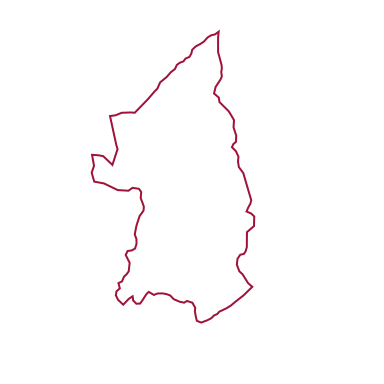 Mãe d'Água, Paraíba, Brazil, rotated 138°
{"feature_id": "56859067B3615526568508", "entity_name": "Mãe d'Água", "entity_type": "district", "adm_level": 2, "iso_a3": "BRA", "parent_name": "Brazil", "parent_adm1": "Paraíba", "projection": "equal_earth", "projection_center": [-37.435, -7.243], "detail": "fine", "context": "isolated", "style": "outline", "palette": "rose", "viewbox_px": 384, "rotation_deg": 138, "n_neighbors": 0, "source": "geoboundaries", "source_scale": "gbopen_adm2", "svg_char_len": 1908}
<svg xmlns="http://www.w3.org/2000/svg" viewBox="0 0 384 384"><g transform="rotate(138 192 192)"><path d="M64.9,293.3L69.4,293.7L73.1,295.7L77.0,296.4L82.4,295.8L86.6,296.4L91.7,297.7L96.6,297.6L99.9,295.3L103.5,294.1L107.5,295.5L111.0,294.8L114.5,296.2L118.2,296.6L122.3,294.8L127.6,295.2L133.9,294.4L138.4,294.6L142.2,294.8L145.2,293.5L148.5,292.0L152.3,291.8L162.4,290.5L181.5,289.2L184.6,292.4L187.9,295.1L191.2,297.9L197.4,300.1L202.1,303.3L216.9,277.4L218.6,273.7L233.0,265.4L234.0,278.1L236.8,281.7L241.4,286.5L247.3,277.0L253.6,273.5L257.7,265.1L251.7,257.3L249.1,251.0L245.9,243.1L238.4,235.5L233.4,234.9L229.3,229.9L229.8,225.9L234.2,221.8L236.1,216.9L237.6,213.3L240.5,210.6L247.2,209.1L255.9,204.1L262.9,198.8L264.8,194.2L267.9,190.6L272.1,188.1L275.7,188.8L279.3,191.2L283.4,189.6L285.7,181.1L292.1,175.4L295.8,174.6L299.2,174.6L303.8,172.4L307.6,173.5L310.1,168.7L314.6,168.7L317.7,166.2L319.1,161.3L318.5,154.3L310.4,154.9L305.9,154.2L308.3,150.8L308.1,146.2L305.2,143.8L301.5,144.6L297.6,145.7L294.3,146.6L291.0,146.7L289.2,141.0L285.4,139.6L281.5,136.1L279.1,132.9L277.4,129.6L277.3,124.6L274.7,118.9L271.9,115.0L268.7,114.4L265.8,109.5L267.1,103.8L269.7,101.4L272.5,96.9L274.6,93.0L272.5,88.8L266.6,86.5L262.2,85.3L258.1,85.5L255.0,84.4L251.9,84.8L244.1,82.5L239.1,81.6L233.1,81.4L223.1,80.7L210.6,81.2L211.3,86.6L210.6,90.8L209.5,96.9L209.9,101.4L207.3,108.0L202.9,111.9L198.1,113.1L195.0,111.3L191.9,112.0L188.1,114.4L183.8,119.1L178.0,125.4L168.7,125.2L162.1,132.2L162.4,136.4L164.5,141.0L160.9,142.7L156.4,144.3L153.5,146.2L141.2,171.8L140.5,179.2L137.4,183.9L133.9,187.1L132.1,192.7L132.3,198.6L129.2,199.9L125.7,199.9L121.4,204.3L117.9,212.2L112.7,217.3L111.5,223.0L110.7,227.4L111.4,240.5L108.9,244.2L109.7,250.5L104.1,254.3L95.3,256.6L92.4,258.0L89.9,261.7L87.4,263.6L85.1,266.5L79.0,278.5L74.5,283.5L69.2,289.4L64.9,293.3Z" fill="none" stroke="#9f1239" stroke-width="2"/></g></svg>